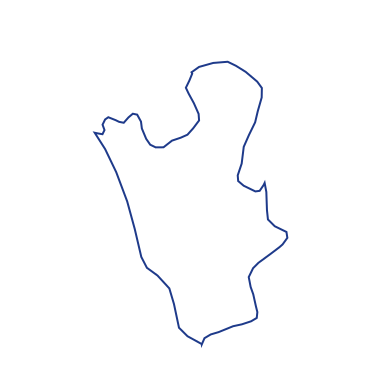 SVG path tracing the border of Lozovo, rotated 206°
{"feature_id": "MKD-2931", "entity_name": "Lozovo", "entity_type": "Statistical Region", "adm_level": 1, "iso_a3": "MKD", "parent_name": "North Macedonia", "parent_adm1": "", "projection": "robinson", "projection_center": [21.908, 41.74], "detail": "fine", "context": "isolated", "style": "outline", "palette": "blue", "viewbox_px": 384, "rotation_deg": 206, "n_neighbors": 0, "source": "natural_earth", "source_scale": "10m", "svg_char_len": 1220}
<svg xmlns="http://www.w3.org/2000/svg" viewBox="0 0 384 384"><g transform="rotate(206 192 192)"><path d="M116.4,59.3L116.6,59.6L132.8,60.4L144.2,64.3L159.1,83.4L170.1,95.4L186.4,101.8L199.3,104.1L209.1,111.4L227.2,133.6L246.1,155.1L268.8,176.6L288.9,192.5L305.4,202.6L301.9,203.5L297.8,204.7L297.8,209.3L301.9,213.3L301.9,219.1L300.0,222.5L292.1,223.1L288.3,223.1L283.7,224.3L281.8,231.2L279.5,236.4L275.2,237.5L268.7,232.9L264.9,227.1L256.5,219.7L250.3,216.2L244.2,216.2L237.2,219.7L232.5,229.4L226.0,235.8L221.2,241.5L218.9,249.6L217.0,259.4L220.3,265.1L229.2,272.6L238.2,279.0L243.2,283.0L243.2,291.0L243.7,298.5L244.9,299.4L240.5,307.5L229.5,317.3L217.0,324.7L207.9,324.7L196.4,323.5L181.8,319.8L174.8,316.1L170.8,307.5L168.3,293.4L165.8,282.3L165.8,268.2L165.3,255.3L159.8,239.3L158.2,227.0L155.3,222.1L148.3,220.3L139.8,220.3L135.3,220.3L131.7,222.7L130.7,229.5L130.7,232.0L125.2,224.6L116.7,208.6L111.7,200.6L102.6,197.5L95.6,197.5L89.6,197.5L86.2,192.6L87.6,184.6L89.1,181.0L94.1,171.1L101.2,157.6L103.7,150.3L103.7,140.4L97.7,132.4L92.1,126.9L84.7,117.6L80.6,112.7L78.6,107.2L82.2,101.7L89.2,94.9L96.2,89.4L106.7,77.7L112.7,72.2L116.7,66.1L116.4,59.3Z" fill="none" stroke="#1e3a8a" stroke-width="2"/></g></svg>